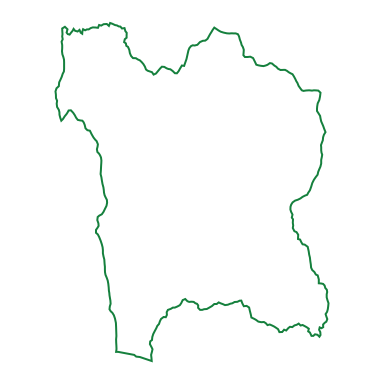 the district of Nova Olinda, Tocantins, Brazil
{"feature_id": "56859067B86492414525481", "entity_name": "Nova Olinda", "entity_type": "district", "adm_level": 2, "iso_a3": "BRA", "parent_name": "Brazil", "parent_adm1": "Tocantins", "projection": "equal_earth", "projection_center": [-48.366, -7.652], "detail": "fine", "context": "isolated", "style": "outline", "palette": "green", "viewbox_px": 384, "rotation_deg": 0, "n_neighbors": 0, "source": "geoboundaries", "source_scale": "gbopen_adm2", "svg_char_len": 5563}
<svg xmlns="http://www.w3.org/2000/svg" viewBox="0 0 384 384"><path d="M61.3,120.7L63.0,119.0L64.7,116.3L66.5,114.1L67.6,112.4L68.6,110.5L70.9,110.3L73.2,112.8L74.8,115.2L76.1,117.7L77.8,119.9L80.1,120.4L82.4,120.7L83.7,122.4L84.7,124.9L85.5,128.3L87.4,130.2L89.9,130.7L91.6,134.2L93.5,137.5L95.2,139.7L96.6,141.1L97.9,144.3L97.5,146.9L96.9,149.2L97.4,152.0L99.0,153.6L100.1,155.4L101.0,157.5L101.4,160.5L101.3,162.9L101.1,165.8L100.9,170.1L100.6,174.1L101.4,177.3L101.9,180.6L102.5,184.0L103.4,187.3L103.8,190.1L104.0,192.6L104.6,195.2L105.6,197.4L106.9,199.9L107.1,202.7L106.5,205.8L104.8,209.2L103.5,211.9L101.8,214.3L99.3,215.6L97.7,217.0L97.3,220.1L98.4,223.3L98.6,225.9L97.5,227.8L96.0,229.9L96.0,232.8L97.8,234.4L99.1,236.9L100.6,240.6L101.8,244.2L102.6,247.3L102.9,250.1L102.9,253.3L103.5,256.4L104.3,259.5L104.6,264.0L104.9,266.8L104.9,269.4L105.0,272.2L105.5,274.8L106.7,277.7L107.7,280.5L108.3,283.8L108.7,287.5L108.9,290.6L109.3,293.0L109.5,295.3L109.9,297.7L110.4,300.7L110.6,303.8L109.8,306.5L109.5,309.3L110.8,311.4L112.3,312.7L113.9,315.3L115.0,318.6L115.9,322.9L116.1,326.8L116.2,330.2L116.3,333.0L116.4,336.1L116.1,339.4L116.2,342.6L116.4,346.0L116.5,349.1L116.1,351.9L118.3,351.9L134.2,354.9L136.2,356.6L139.8,357.0L151.7,361.0L151.5,358.3L151.1,354.9L152.0,351.6L152.5,349.2L151.5,347.1L149.9,344.1L150.2,341.4L152.0,340.0L152.3,337.0L153.3,333.9L154.9,330.8L156.3,328.2L157.3,325.9L159.0,324.0L159.9,321.3L161.0,319.0L163.6,317.0L165.8,317.2L166.9,314.9L166.7,312.2L167.9,309.9L170.7,308.9L172.9,307.6L174.8,307.6L177.4,306.5L179.8,305.2L181.2,303.2L182.7,300.1L185.2,299.0L187.4,301.2L189.2,301.9L191.5,301.7L193.7,301.9L195.3,303.2L197.0,303.8L198.2,305.4L198.1,307.8L200.1,309.9L202.1,309.9L204.1,309.2L206.8,309.0L209.3,307.6L211.9,306.1L214.3,304.0L216.7,304.0L218.7,302.4L220.6,303.3L222.8,304.1L225.0,305.1L227.9,304.7L230.3,303.7L232.3,303.3L234.6,302.0L237.4,301.8L239.6,300.7L241.3,300.6L242.3,303.3L243.8,306.2L246.6,305.9L249.1,307.5L249.9,311.0L250.8,314.5L251.4,317.5L254.3,318.9L256.2,320.0L258.3,321.6L261.3,322.2L263.9,322.0L265.7,323.1L267.5,325.1L269.8,324.5L272.3,325.6L274.1,326.5L276.1,327.8L278.1,329.2L279.4,332.1L282.2,332.0L284.1,329.7L286.2,330.5L288.4,328.0L290.0,326.8L292.3,327.1L294.5,325.4L296.7,324.8L298.7,323.6L300.6,325.5L302.6,325.0L304.5,326.0L306.5,327.1L308.8,328.7L308.2,331.4L309.9,332.5L311.5,335.9L313.3,335.9L315.0,334.3L317.5,334.8L319.4,336.7L320.5,335.0L320.3,332.1L319.1,329.8L319.7,327.4L321.5,328.2L323.2,327.2L323.1,324.5L324.8,322.7L326.3,321.7L327.3,319.1L326.4,316.6L325.6,314.1L327.1,311.8L327.8,309.2L328.2,306.3L328.5,303.2L327.5,300.3L326.7,297.4L326.7,294.2L327.2,292.0L326.8,289.7L325.3,288.0L324.6,285.5L323.1,283.9L321.2,283.5L318.8,283.3L318.8,279.4L317.7,275.4L315.8,274.5L314.4,272.0L312.2,270.0L311.1,267.6L310.8,264.3L310.3,261.1L309.9,257.5L309.2,254.7L308.7,251.3L307.7,246.8L304.7,244.6L302.6,244.3L301.3,242.2L300.1,239.6L298.0,239.0L298.2,234.7L296.5,232.1L294.4,231.2L292.8,228.0L293.2,225.5L292.8,222.8L293.0,219.3L291.8,217.6L292.5,214.6L291.1,211.8L290.4,209.5L290.5,206.8L291.2,204.6L292.6,202.4L295.1,200.6L297.9,199.7L300.5,198.4L302.5,196.9L305.0,195.6L307.2,194.8L308.2,192.8L309.9,190.3L311.2,186.7L312.3,183.0L313.9,179.8L315.6,177.3L317.6,174.7L318.2,171.9L319.2,169.4L320.4,166.7L321.2,163.5L321.2,159.9L321.8,157.1L322.2,154.7L321.5,152.6L321.2,150.3L321.2,147.4L321.0,145.1L321.8,142.9L322.8,140.3L323.1,137.3L323.9,134.8L325.5,132.1L324.1,128.6L323.2,126.0L322.2,123.7L321.2,121.4L320.5,118.3L320.1,115.9L318.5,113.3L317.0,111.0L317.0,108.6L317.2,106.3L317.7,103.4L319.3,100.0L320.0,96.7L320.5,92.7L318.3,90.6L316.0,90.4L314.0,90.3L312.0,90.6L309.2,90.3L306.0,90.5L303.5,90.9L301.8,90.3L300.3,88.3L298.6,85.9L297.4,82.9L296.3,81.2L295.4,79.2L293.9,76.4L292.5,74.2L290.6,73.3L288.7,72.2L286.9,70.8L285.1,69.9L282.9,69.9L280.5,70.0L278.0,68.7L276.3,66.8L274.4,65.6L272.0,63.5L269.9,63.1L267.5,64.8L265.7,65.5L263.5,66.1L260.8,65.8L258.3,65.3L256.3,64.7L254.9,61.7L253.1,58.1L250.3,56.7L247.6,57.0L244.9,57.0L243.4,55.2L243.6,52.6L243.8,49.8L242.9,47.1L241.6,44.9L241.0,42.5L239.9,39.7L239.0,36.3L237.9,34.2L235.7,33.4L233.5,33.4L231.4,33.3L229.3,33.5L226.8,33.3L223.6,32.6L220.7,31.7L218.6,30.5L216.7,29.2L214.3,27.6L212.8,29.7L211.2,32.4L210.1,34.1L209.0,36.1L207.5,38.9L205.3,40.6L202.8,40.8L199.9,42.1L197.4,44.8L194.7,45.5L192.7,45.3L191.0,46.1L189.3,48.2L188.4,50.5L186.5,59.0L184.1,65.9L181.9,65.5L180.2,68.3L178.6,71.2L176.9,73.3L174.9,73.2L172.8,71.1L170.4,69.3L168.4,69.0L166.6,68.3L164.3,66.9L161.9,66.7L160.2,68.4L158.3,70.7L156.0,73.5L153.6,74.6L152.0,72.2L147.6,70.7L146.0,69.5L144.9,66.6L143.4,64.1L141.7,62.1L139.8,60.3L137.9,59.5L135.9,58.2L133.0,58.1L131.1,56.0L129.9,53.2L129.3,49.9L128.0,46.9L126.3,45.8L125.9,43.4L124.1,42.1L124.8,39.2L126.6,37.7L126.6,35.4L126.7,32.8L125.4,31.2L124.5,28.1L122.0,28.5L120.4,26.6L118.7,26.4L116.9,25.4L115.1,25.1L112.6,23.9L110.1,23.0L108.9,25.9L106.8,24.0L103.6,24.2L101.2,25.6L99.1,25.0L98.0,27.8L95.4,27.5L92.8,27.4L90.7,28.1L88.7,29.4L86.9,29.4L85.1,30.3L83.1,29.2L82.4,31.4L82.2,33.7L80.7,32.7L79.5,29.9L77.6,31.5L75.1,30.8L73.6,28.9L72.6,30.8L71.1,32.6L69.6,34.6L67.8,34.1L66.6,32.6L67.5,29.3L64.9,26.8L62.2,28.5L62.3,31.2L62.5,34.1L62.2,36.5L62.7,39.2L61.6,41.7L62.2,45.0L62.2,48.2L62.0,51.3L62.4,54.4L63.3,56.9L64.0,59.6L64.1,62.2L64.1,65.6L64.1,68.9L63.9,71.5L62.7,73.8L61.7,76.9L60.5,79.6L59.2,82.3L58.8,86.2L56.5,88.3L55.5,91.4L55.9,94.6L56.0,98.1L57.1,100.8L56.7,103.7L57.1,107.0L58.8,109.8L59.4,112.1L59.5,114.8L60.3,117.9L61.3,120.7Z" fill="none" stroke="#15803d" stroke-width="2"/></svg>